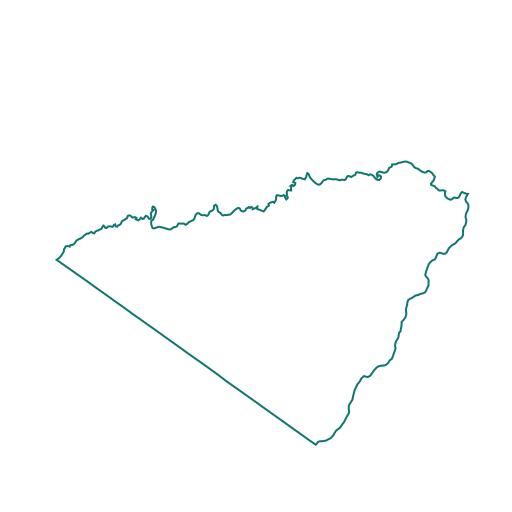 the district of Luciara, Mato Grosso, Brazil, rotated 24°
{"feature_id": "56859067B22609509698935", "entity_name": "Luciara", "entity_type": "district", "adm_level": 2, "iso_a3": "BRA", "parent_name": "Brazil", "parent_adm1": "Mato Grosso", "projection": "natural_earth1", "projection_center": [-50.968, -10.98], "detail": "fine", "context": "isolated", "style": "outline", "palette": "teal", "viewbox_px": 512, "rotation_deg": 24, "n_neighbors": 0, "source": "geoboundaries", "source_scale": "gbopen_adm2", "svg_char_len": 5728}
<svg xmlns="http://www.w3.org/2000/svg" viewBox="0 0 512 512"><g transform="rotate(24 256 256)"><path d="M424.3,113.1L422.5,113.7L419.9,113.7L418.2,113.8L417.6,115.3L417.5,119.4L416.4,121.2L413.0,122.1L411.6,124.9L410.3,125.6L408.6,125.6L406.6,125.3L405.0,124.6L403.7,123.3L403.2,121.9L402.7,119.8L400.2,119.8L397.0,121.6L395.6,121.5L394.4,120.8L392.5,120.6L391.0,119.6L388.3,119.8L387.1,119.8L386.4,118.7L387.1,116.4L387.6,114.2L387.3,112.2L387.1,110.6L385.6,110.1L382.8,108.5L379.6,107.9L378.3,108.4L377.5,110.4L375.8,111.3L373.9,111.5L372.6,111.4L368.3,110.4L366.6,110.7L365.0,110.6L363.9,110.1L361.4,108.7L359.8,108.3L356.8,108.5L355.2,108.5L353.3,109.3L351.7,110.5L349.9,112.0L348.4,112.9L347.0,114.8L345.9,115.6L343.1,117.0L343.6,119.0L342.7,120.3L341.8,121.4L341.8,124.0L341.5,125.5L340.7,126.7L339.5,127.7L337.7,128.2L336.5,128.3L334.9,128.5L333.9,129.2L333.1,130.6L333.0,131.9L334.8,134.4L335.5,132.1L337.8,132.5L338.5,134.4L337.8,136.3L336.6,136.9L334.7,137.1L330.9,135.2L329.4,134.8L328.2,134.7L326.9,135.1L326.1,136.4L324.2,136.2L321.3,136.9L317.7,137.3L316.0,138.1L314.3,138.3L313.4,139.3L313.7,141.4L312.3,143.0L310.7,145.2L308.4,145.1L307.4,145.7L306.8,147.0L306.9,149.4L305.9,150.7L303.9,151.1L302.7,151.9L301.3,153.0L298.4,153.2L296.9,153.7L295.0,154.8L291.4,155.6L289.9,156.3L288.7,157.9L286.9,159.4L286.2,162.6L285.5,164.3L284.6,165.2L283.5,165.6L280.8,165.2L277.6,164.2L274.7,162.9L273.0,161.9L271.4,160.4L270.5,159.6L269.2,159.4L269.2,160.9L269.7,163.5L269.4,166.1L266.3,166.6L265.2,166.5L264.0,166.8L262.6,168.0L261.1,168.2L260.4,170.3L259.8,171.7L259.9,173.3L262.2,173.3L262.7,174.8L261.9,176.7L260.0,176.3L259.1,177.8L260.2,177.7L260.2,179.5L261.5,181.8L259.9,182.4L258.5,182.6L258.0,183.9L258.3,185.8L259.2,186.8L259.2,188.4L260.7,188.9L261.4,190.1L260.7,192.0L258.9,190.9L257.6,189.4L256.5,189.1L255.7,190.1L254.6,191.0L252.6,191.3L250.3,192.0L250.4,194.3L251.4,196.1L251.3,198.1L251.0,200.0L249.5,199.5L248.0,200.9L246.9,202.0L246.2,203.4L247.3,204.7L246.7,205.9L245.8,206.7L245.8,208.2L245.3,210.2L244.9,212.2L238.0,212.5L237.2,210.3L235.8,212.7L234.7,213.8L233.9,214.7L233.1,213.3L231.6,213.1L230.9,214.6L229.4,214.3L228.9,215.6L227.8,216.5L227.7,218.9L226.2,220.5L224.9,220.8L223.6,220.6L221.6,219.1L220.2,219.3L219.1,220.6L217.9,222.9L217.2,224.6L216.6,226.5L215.6,228.6L214.1,229.5L212.1,230.9L210.9,231.0L209.6,232.3L208.2,232.4L206.1,231.1L203.8,230.9L202.5,230.0L201.4,228.1L200.1,226.4L198.3,225.6L197.3,227.2L198.2,229.4L198.1,231.3L197.4,232.5L195.7,234.5L195.7,237.0L195.6,238.3L194.8,239.4L193.0,239.3L190.2,240.7L189.0,240.8L186.1,240.2L184.8,241.0L184.1,243.2L184.5,247.1L184.0,248.8L180.9,252.3L180.1,254.6L178.9,256.2L176.9,255.7L174.2,257.0L172.0,257.8L171.7,260.8L170.7,262.4L169.3,262.9L167.3,266.4L165.5,267.2L160.0,267.8L158.5,268.2L156.1,268.5L155.0,269.1L151.6,272.3L150.0,272.5L147.5,269.8L146.7,268.3L146.1,266.6L147.2,264.7L147.3,259.7L147.1,258.1L146.6,256.0L145.5,254.5L144.6,253.7L143.1,252.7L141.7,252.8L141.6,254.1L142.3,255.7L143.6,255.7L142.8,258.0L142.5,259.7L143.4,261.3L144.6,262.9L144.5,265.0L143.1,265.5L141.8,264.7L140.8,264.0L139.0,264.1L138.3,267.5L137.4,268.3L135.2,267.9L134.8,269.8L133.9,271.4L132.4,271.3L131.2,271.4L131.3,269.8L130.0,269.6L129.0,270.1L127.6,271.2L125.2,270.3L123.8,270.3L122.5,271.6L122.9,273.8L122.0,274.9L120.9,276.9L120.0,277.9L119.4,279.0L119.4,281.5L118.8,283.0L117.6,284.1L117.3,285.7L115.8,286.0L114.4,284.4L113.6,285.3L113.1,287.7L110.1,288.4L108.9,289.2L108.0,291.3L106.8,291.5L105.5,290.6L104.2,290.3L103.8,291.7L103.9,293.1L103.6,294.5L102.3,295.4L101.6,296.7L100.6,297.5L99.4,298.9L99.0,301.2L97.7,301.4L95.8,300.9L94.5,302.6L93.5,304.0L92.3,304.3L91.6,305.7L90.5,307.5L90.1,309.1L89.0,310.6L88.4,311.7L87.3,312.5L86.6,313.8L85.7,314.9L85.2,318.2L84.6,319.5L83.6,320.7L81.9,321.8L82.0,323.2L80.0,323.5L78.3,324.5L78.1,326.3L77.9,327.9L78.6,330.4L78.2,333.1L77.8,335.4L77.1,337.7L75.4,340.6L112.6,347.9L122.6,350.0L138.9,353.3L148.5,355.3L150.1,355.6L152.2,356.0L167.9,359.3L192.5,364.2L225.7,371.0L229.4,371.8L233.8,372.7L241.4,374.2L242.7,374.5L247.2,375.3L265.8,379.1L279.4,382.3L318.9,390.2L320.1,390.5L325.9,391.7L338.7,394.3L376.7,402.0L377.9,402.3L387.3,404.1L387.8,402.9L388.4,400.4L389.9,399.2L392.3,398.0L395.2,396.0L396.2,394.6L398.4,391.9L399.6,388.3L399.7,386.0L400.3,382.7L402.2,379.5L402.7,378.2L403.3,374.6L404.0,371.9L404.2,367.0L404.4,364.7L404.6,363.5L404.7,361.9L404.5,360.5L402.7,357.6L401.8,355.2L401.7,353.6L402.5,348.2L401.5,343.3L401.2,341.7L400.7,338.6L400.7,335.6L400.8,333.6L400.8,332.0L401.8,328.8L402.1,324.7L403.5,321.8L406.0,321.4L407.3,321.1L408.7,319.5L409.2,318.4L409.5,316.8L410.3,312.8L411.3,309.5L412.1,307.9L412.9,306.9L413.9,306.0L414.9,305.4L417.9,303.7L418.9,302.5L419.9,300.9L420.3,299.6L420.6,297.0L421.9,294.7L421.9,293.0L421.1,283.8L419.5,281.4L418.8,279.0L418.7,276.1L419.1,274.0L419.1,272.0L418.3,269.6L418.0,267.8L418.7,265.8L418.0,264.0L417.4,260.8L415.9,257.0L416.8,254.3L417.5,251.3L417.0,248.1L416.3,246.6L415.5,245.4L414.5,243.3L413.9,239.0L413.1,236.6L413.0,234.4L414.0,232.6L415.2,231.3L417.1,228.3L418.2,226.9L420.2,225.6L421.3,224.0L423.5,222.4L425.2,220.5L425.5,218.0L425.4,216.3L425.5,212.6L424.1,209.4L423.6,208.0L422.2,206.7L419.1,205.3L418.2,204.2L417.3,197.2L417.4,195.2L417.1,193.3L418.3,189.5L419.5,187.6L420.5,186.7L421.0,185.2L420.8,180.3L422.5,178.2L426.5,177.8L428.0,176.9L428.8,175.2L429.1,170.2L430.6,166.6L433.1,163.3L433.4,161.7L434.6,158.3L435.6,157.1L436.6,154.9L436.6,153.0L435.7,150.4L434.8,148.7L434.1,145.4L434.7,142.5L434.3,139.8L433.5,137.5L431.6,135.3L430.9,133.0L430.6,130.7L430.8,127.6L430.2,124.9L429.5,123.3L428.6,122.4L427.5,121.5L426.3,121.2L424.4,119.5L423.9,117.2L424.3,113.1Z" fill="none" stroke="#0f766e" stroke-width="2"/></g></svg>